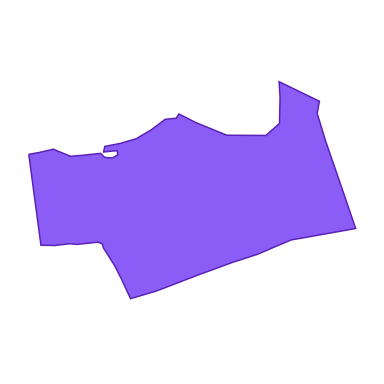 outline of N'Guigmi, Diffa, Niger, rotated 352°
{"feature_id": "23599985B27242520162456", "entity_name": "N'Guigmi", "entity_type": "district", "adm_level": 2, "iso_a3": "NER", "parent_name": "Niger", "parent_adm1": "Diffa", "projection": "robinson", "projection_center": [12.657, 14.178], "detail": "fine", "context": "isolated", "style": "filled", "palette": "violet", "viewbox_px": 384, "rotation_deg": 352, "n_neighbors": 0, "source": "geoboundaries", "source_scale": "gbopen_adm2", "svg_char_len": 744}
<svg xmlns="http://www.w3.org/2000/svg" viewBox="0 0 384 384"><g transform="rotate(352 192 192)"><path d="M116.3,289.1L143.3,285.0L188.0,274.7L222.0,267.4L248.6,262.7L261.4,259.2L283.4,253.3L349.0,250.9L342.1,214.9L331.4,160.0L326.9,131.5L330.8,119.9L293.6,94.9L292.4,110.4L288.8,132.5L288.2,136.3L273.0,146.3L234.3,140.6L205.5,123.8L189.9,112.9L186.7,116.7L175.5,116.3L160.4,124.7L144.1,131.5L127.6,133.9L112.0,134.7L110.0,140.1L123.5,140.6L123.8,144.7L118.2,147.2L110.4,145.6L106.9,141.0L88.0,140.4L76.6,139.7L60.6,130.3L46.3,131.6L35.4,132.0L35.7,132.0L35.6,134.1L35.0,223.7L48.6,225.9L63.4,226.2L70.9,227.9L91.9,228.6L96.2,231.2L96.4,234.8L105.4,254.7L110.3,269.3L116.3,289.1Z" fill="#8b5cf6" stroke="#5b21b6" stroke-width="1.5"/></g></svg>